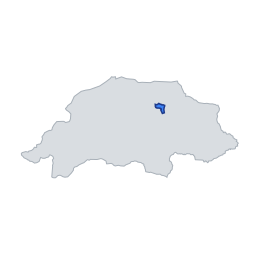 Bayancagaan, Bayanhongor, Mongolia (highlighted), rotated 175°
{"feature_id": "93677404B22663539773144", "entity_name": "Bayancagaan", "entity_type": "district", "adm_level": 2, "iso_a3": "MNG", "parent_name": "Mongolia", "parent_adm1": "Bayanhongor", "projection": "orthographic", "projection_center": [98.843, 45.297], "detail": "fine", "context": "in_parent", "style": "filled", "palette": "blue", "viewbox_px": 256, "rotation_deg": 175, "n_neighbors": 0, "source": "geoboundaries", "source_scale": "gbopen_adm2", "svg_char_len": 4139}
<svg xmlns="http://www.w3.org/2000/svg" viewBox="0 0 256 256"><g transform="rotate(175 128 128)"><path d="M20.4,100.4L21.2,100.5L22.5,99.8L22.8,98.5L23.3,97.9L26.2,97.9L27.4,98.4L27.7,97.7L28.0,97.6L28.6,98.3L29.3,98.1L29.8,97.9L30.3,97.0L31.3,97.2L33.1,96.4L33.3,94.5L34.0,94.1L35.5,93.9L35.8,93.1L36.1,92.9L37.3,92.8L39.3,92.0L40.2,92.0L40.9,91.2L42.7,90.3L45.3,90.0L45.6,89.5L48.0,88.0L50.5,88.1L51.3,86.6L51.7,86.5L53.3,88.4L54.0,88.3L54.3,87.6L55.4,87.7L55.7,89.0L56.3,89.5L63.6,90.5L63.8,90.9L64.1,93.9L65.3,95.3L65.6,96.0L67.7,95.9L68.8,97.0L70.6,97.1L71.5,97.4L73.3,96.4L73.7,96.4L74.2,97.0L75.1,96.6L76.7,97.7L77.9,97.5L78.5,98.0L79.3,97.7L81.0,98.0L82.5,99.6L83.5,99.5L84.7,98.5L85.0,97.8L86.7,97.4L87.7,96.8L88.4,96.1L89.4,93.9L89.6,91.5L88.7,91.2L88.0,90.4L87.5,89.1L87.5,88.3L86.7,86.9L86.8,86.3L87.3,85.1L87.5,83.3L88.1,82.3L89.3,81.7L89.4,81.0L90.1,79.6L91.9,78.7L92.9,77.2L93.5,75.5L94.4,76.4L96.7,77.5L98.7,78.0L100.0,79.2L103.4,79.4L109.3,82.0L110.4,81.8L113.9,82.8L114.2,83.2L114.3,85.3L114.6,85.9L114.8,88.1L115.5,89.2L115.4,90.5L115.7,90.9L116.6,91.1L118.0,92.4L121.2,93.2L122.2,94.1L124.3,94.6L125.4,94.2L127.2,94.3L127.9,94.1L128.9,92.9L129.6,92.6L133.6,91.4L134.6,90.6L135.4,90.4L138.6,90.9L140.9,91.7L144.1,91.3L145.7,92.3L146.4,93.4L147.8,94.2L152.3,94.1L152.5,94.3L152.7,96.7L152.9,97.1L156.1,99.3L157.6,99.9L161.6,99.3L168.1,100.0L169.5,99.3L171.0,100.0L171.5,99.8L175.2,97.1L175.8,97.1L179.9,95.6L182.3,94.1L184.4,93.8L185.8,92.6L186.1,90.7L188.3,88.1L192.3,84.6L195.2,84.5L197.0,85.1L199.1,86.6L200.2,86.9L202.1,86.7L204.4,84.8L205.8,84.8L207.2,85.1L208.2,85.9L206.4,96.5L206.5,97.1L205.6,99.4L206.1,102.7L204.7,104.3L205.3,106.1L205.8,106.7L208.1,108.1L208.7,107.8L209.0,106.9L209.9,106.0L211.8,105.7L213.3,105.1L215.4,105.2L217.6,106.3L219.5,102.4L221.9,101.4L224.2,101.2L226.5,103.0L228.8,103.5L229.7,104.7L230.6,104.9L231.0,105.5L234.2,107.4L235.1,108.9L236.2,109.9L236.5,111.2L236.5,111.8L235.6,112.7L231.9,113.4L229.6,112.7L228.9,113.6L226.2,114.0L224.7,114.9L223.8,115.6L223.3,116.6L222.9,116.9L222.4,117.0L221.4,116.5L220.7,116.7L220.6,116.9L220.6,119.1L218.2,119.7L217.3,119.6L215.6,121.0L215.5,121.9L214.6,123.2L214.1,125.5L214.5,126.4L214.3,127.0L212.8,128.5L211.4,130.6L208.0,132.0L206.4,132.5L205.1,132.3L203.9,132.9L203.3,134.9L201.4,137.7L198.4,140.6L192.0,140.3L191.2,140.1L189.6,138.9L186.0,139.5L185.2,140.6L184.5,142.2L183.7,147.0L185.5,149.4L187.4,150.9L188.3,152.0L188.5,153.0L187.4,153.7L186.0,155.6L182.4,157.8L178.8,164.1L171.4,168.6L166.7,169.4L162.8,169.6L152.6,172.3L146.1,175.9L141.3,178.9L140.2,180.2L139.7,180.5L138.8,180.0L136.0,180.1L135.9,177.9L130.0,179.5L125.1,177.2L118.1,176.0L116.7,175.5L114.3,172.7L113.0,172.3L110.0,172.3L101.7,171.2L97.9,172.3L81.0,170.0L74.9,170.5L74.6,170.3L74.3,168.4L71.5,165.5L71.1,164.8L71.1,163.7L69.0,157.8L67.5,156.9L67.8,154.5L65.6,154.5L63.2,153.5L60.8,151.7L59.7,150.3L58.0,149.9L55.9,147.5L55.0,147.0L49.8,145.7L47.2,145.7L44.4,144.9L41.3,144.6L40.3,144.0L39.4,144.0L37.6,142.8L36.4,142.9L35.2,139.4L35.7,137.3L36.5,136.2L38.1,134.5L38.1,133.8L37.7,132.0L38.8,129.1L38.7,127.2L38.1,125.1L37.1,124.5L35.9,121.5L35.6,119.2L35.2,117.6L33.7,116.6L33.4,115.2L32.9,115.0L32.6,115.4L31.6,115.5L30.8,114.6L30.4,113.5L29.9,113.2L28.9,113.2L27.9,113.5L27.0,113.2L26.2,112.2L24.1,110.6L24.2,109.6L23.9,108.9L23.3,108.6L22.7,107.8L20.6,106.7L20.6,106.2L21.3,105.2L20.0,104.2L19.5,103.2L20.5,102.1L20.3,101.3L20.4,100.4Z" fill="#d9dde1" stroke="#a8b0b8" stroke-width="1"/><path d="M92.5,139.5L90.5,140.0L90.6,142.0L90.7,143.1L90.6,143.7L90.1,145.6L89.7,146.2L89.7,146.3L89.5,147.3L89.9,147.4L90.0,147.5L90.3,147.7L90.4,147.8L90.5,147.9L91.3,148.0L91.8,148.0L92.1,148.0L92.3,148.1L92.3,148.3L92.5,148.4L92.5,148.5L92.8,148.6L93.2,148.6L93.3,148.7L93.6,148.8L94.0,148.9L94.1,149.2L94.5,149.3L95.1,149.8L95.4,149.8L96.1,149.1L96.7,148.9L97.3,148.6L98.0,148.9L98.2,149.0L98.5,149.1L98.8,149.2L98.8,147.6L98.9,147.4L98.9,147.2L98.6,146.1L97.9,146.0L97.9,145.6L97.3,145.3L95.7,145.2L95.4,145.1L94.9,145.0L94.6,145.0L94.3,144.9L93.6,144.5L93.3,144.2L93.2,143.8L93.3,143.5L93.8,143.2L92.5,139.5Z" fill="#3b82f6" stroke="#1e3a8a" stroke-width="1.5"/></g></svg>